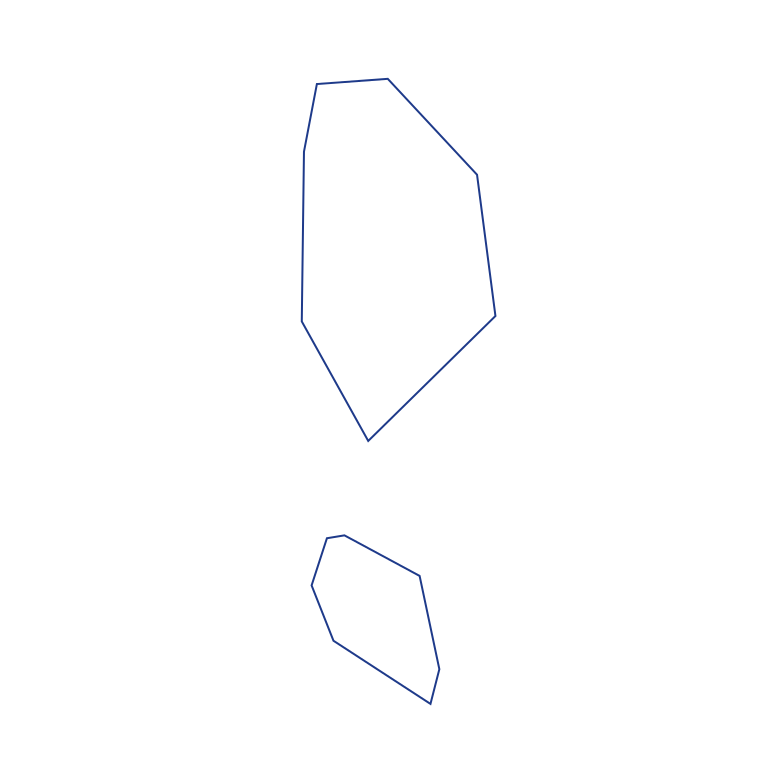 outline of Malta, rotated 226°
{"feature_id": "MLT", "entity_name": "Malta", "entity_type": "country or territory", "adm_level": 0, "iso_a3": "MLT", "parent_name": "Europe", "parent_adm1": "", "projection": "mercator", "projection_center": [14.371, 35.948], "detail": "fine", "context": "isolated", "style": "outline", "palette": "blue", "viewbox_px": 768, "rotation_deg": 226, "n_neighbors": 0, "source": "natural_earth", "source_scale": "50m", "svg_char_len": 359}
<svg xmlns="http://www.w3.org/2000/svg" viewBox="0 0 768 768"><g transform="rotate(226 384 384)"><path d="M646.4,544.1L600.9,598.7L469.9,596.3L355.5,511.4L354.0,333.1L486.1,368.3L606.7,487.8L646.4,544.1ZM302.6,250.4L221.2,276.3L140.4,225.7L121.6,195.2L234.4,169.3L289.4,192.0L312.7,235.8L302.6,250.4Z" fill="none" stroke="#1e3a8a" stroke-width="2"/></g></svg>